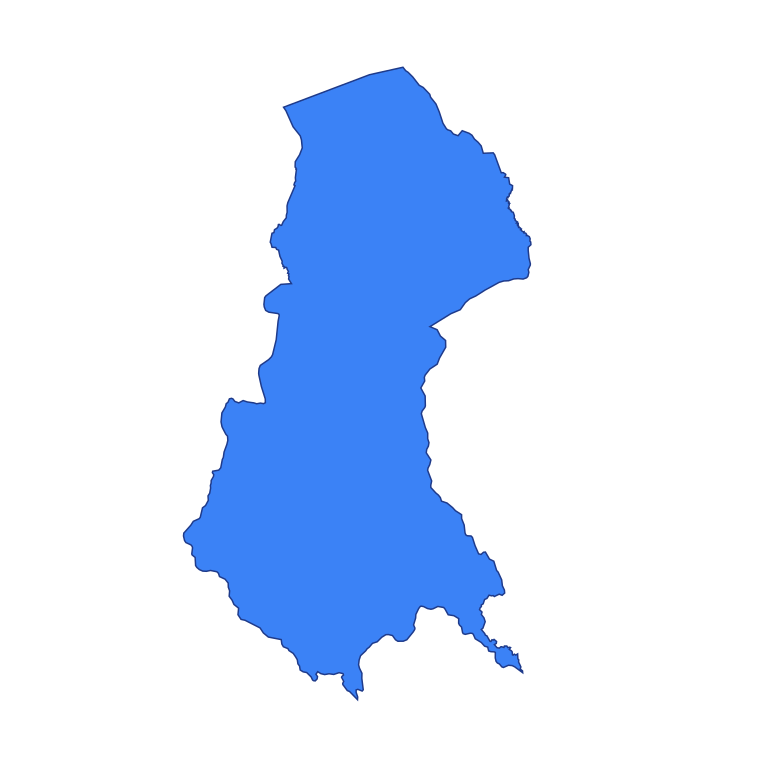 the district of Laplae, Uttaradit, Thailand, rotated 188°
{"feature_id": "78962969B92512161501034", "entity_name": "Laplae", "entity_type": "district", "adm_level": 2, "iso_a3": "THA", "parent_name": "Thailand", "parent_adm1": "Uttaradit", "projection": "mercator", "projection_center": [99.982, 17.658], "detail": "fine", "context": "isolated", "style": "filled", "palette": "blue", "viewbox_px": 768, "rotation_deg": 188, "n_neighbors": 0, "source": "geoboundaries", "source_scale": "gbopen_adm2", "svg_char_len": 6133}
<svg xmlns="http://www.w3.org/2000/svg" viewBox="0 0 768 768"><g transform="rotate(188 384 384)"><path d="M206.5,117.4L206.9,119.2L209.4,120.7L209.1,122.9L212.0,127.4L212.2,129.6L213.2,130.5L214.1,135.3L215.8,133.9L217.3,134.6L218.4,133.5L219.1,133.7L219.8,136.6L220.7,137.5L223.0,138.6L222.0,140.6L222.9,140.8L224.7,140.2L225.9,141.6L228.3,141.3L228.6,139.8L231.0,140.2L231.9,139.9L233.0,138.5L235.4,138.6L238.4,141.3L236.7,142.7L236.7,144.7L239.5,146.4L240.2,145.6L241.5,145.8L242.3,143.9L243.2,143.9L247.1,149.0L248.7,149.4L249.5,150.9L253.5,154.5L252.1,155.9L250.7,162.7L252.5,166.4L255.5,169.3L255.2,171.8L258.0,173.8L257.6,175.9L256.6,177.1L256.9,178.7L255.2,180.1L254.4,184.6L252.2,186.0L250.6,189.5L248.0,189.2L246.4,189.7L245.2,188.9L240.7,191.9L237.6,191.2L235.4,193.8L236.1,196.7L238.7,200.7L240.2,206.4L244.8,213.6L246.5,215.0L250.6,223.8L255.2,225.3L260.2,231.7L262.1,231.2L264.2,228.7L266.7,229.0L271.4,236.7L275.1,244.4L276.6,245.6L280.5,245.3L282.1,246.1L283.1,248.0L285.0,255.5L288.4,261.5L289.0,265.4L295.7,268.5L298.8,271.1L305.0,274.9L310.8,276.0L312.4,279.4L314.7,281.6L317.5,283.3L323.2,288.0L323.6,290.3L323.3,294.6L328.8,304.6L328.7,306.9L327.5,310.5L327.0,315.3L332.6,321.8L332.6,325.3L331.4,328.6L331.3,332.2L333.1,335.8L333.9,341.5L337.0,346.6L342.9,359.8L342.5,362.5L340.3,366.5L340.0,368.1L341.6,377.9L347.0,385.2L344.1,392.6L345.0,396.2L344.5,398.5L340.6,405.3L334.1,411.0L332.6,417.5L328.0,429.0L329.1,435.7L334.8,439.3L338.9,445.1L346.5,447.2L327.6,462.9L318.8,468.2L314.8,475.9L311.0,480.3L305.4,483.9L297.1,491.0L284.1,500.7L279.7,502.7L275.0,503.6L270.1,506.1L265.9,507.0L260.8,507.3L257.6,509.0L256.5,510.6L256.1,514.7L257.1,517.4L255.7,522.1L255.8,523.5L257.9,528.7L259.8,536.4L260.2,539.5L257.9,542.4L258.5,545.1L259.4,545.8L259.5,548.2L260.6,550.1L262.7,551.0L263.7,550.8L263.7,552.1L264.7,553.1L266.6,553.2L266.5,554.3L267.1,554.0L269.1,554.9L269.6,555.4L269.5,556.3L270.3,556.1L270.1,557.0L271.1,557.7L272.3,557.7L272.1,558.3L272.8,558.5L272.9,559.4L273.8,559.5L274.1,560.7L273.3,560.7L273.4,561.8L274.3,561.5L274.5,562.1L275.2,562.0L274.5,563.1L276.8,564.2L277.1,565.6L278.1,566.2L278.3,568.8L279.9,572.0L281.7,572.4L281.9,573.2L282.8,573.4L282.9,574.3L284.9,575.0L284.7,575.6L285.2,575.7L284.7,576.1L285.2,577.1L284.9,579.2L285.3,579.8L284.9,580.2L285.9,580.4L286.0,581.3L285.5,581.6L287.0,582.9L287.8,582.5L287.5,583.3L288.1,583.3L287.8,583.9L288.4,584.3L288.0,585.7L287.3,585.8L287.6,586.5L286.8,586.7L286.2,587.6L286.4,589.7L285.3,590.2L285.6,590.8L284.9,591.9L285.0,592.7L283.9,594.1L284.5,594.7L284.0,595.5L284.3,598.3L287.4,599.5L289.3,605.6L293.5,605.6L292.5,608.1L292.8,608.7L295.4,609.9L297.3,609.5L306.3,626.4L308.0,628.1L317.8,626.3L320.9,633.3L324.5,636.5L328.5,639.1L331.5,642.6L334.5,644.1L341.8,645.7L345.2,640.2L350.1,641.2L353.2,644.0L356.3,644.6L357.7,645.4L361.9,650.4L367.1,661.0L371.5,668.5L377.8,674.5L379.0,677.2L386.4,683.1L390.7,684.7L398.3,692.1L403.5,696.0L406.2,697.3L409.3,700.3L441.3,688.3L522.0,644.1L519.1,640.9L509.8,626.0L501.5,618.1L499.7,614.2L497.8,606.4L499.5,599.2L502.8,591.8L502.3,587.1L502.0,586.1L501.1,585.5L501.1,584.4L500.6,584.4L500.5,576.0L499.7,572.5L500.5,571.2L500.9,568.6L499.7,568.0L504.5,550.2L504.8,546.9L503.8,540.5L504.2,537.6L503.9,535.0L506.3,530.9L507.5,526.9L508.3,526.7L510.1,527.5L510.8,527.2L510.8,525.1L511.7,523.4L513.9,521.6L514.1,518.6L515.9,517.7L516.4,508.6L515.4,507.3L513.9,503.8L510.2,504.1L509.1,502.4L507.0,501.9L504.8,495.9L501.9,491.4L501.9,489.4L500.5,487.6L500.4,486.5L499.3,486.5L499.1,484.8L497.4,486.0L496.2,485.3L496.0,484.3L494.3,482.2L494.9,480.3L493.5,479.8L493.7,477.9L493.0,477.1L493.1,474.7L489.6,470.5L500.0,468.3L513.1,455.0L514.2,453.0L514.0,446.2L513.3,443.6L511.4,440.4L508.1,439.1L498.9,439.0L497.7,438.4L497.3,437.2L497.6,431.5L496.9,412.8L498.4,397.6L499.3,395.2L501.6,392.1L509.1,385.2L509.9,381.9L509.6,377.1L509.0,375.0L505.1,364.5L499.5,352.7L498.9,349.0L500.5,347.8L503.7,347.9L507.3,346.7L510.3,347.2L516.8,347.2L521.2,348.0L525.2,345.1L529.3,346.0L531.5,348.2L533.0,348.6L535.0,347.8L536.0,344.1L537.5,342.6L537.9,339.1L540.5,332.8L540.1,323.8L538.5,319.2L537.4,317.5L533.6,312.2L531.7,310.6L530.8,306.4L531.2,302.3L532.9,294.4L532.9,288.9L533.6,286.8L534.0,278.3L535.7,275.7L541.5,273.8L541.6,272.3L540.0,270.6L540.0,268.7L541.7,264.4L541.4,261.8L541.8,259.3L541.2,256.8L541.4,251.6L542.7,248.7L541.8,244.3L543.8,238.8L546.5,236.1L547.4,226.4L548.3,224.9L553.7,221.5L555.7,217.2L561.5,208.5L561.4,205.6L559.7,201.2L558.1,199.4L552.8,197.8L551.3,196.4L550.8,195.1L550.7,188.9L550.1,187.9L546.9,186.0L545.3,178.0L543.8,176.3L541.0,174.5L537.5,173.5L533.8,173.8L529.9,175.2L523.4,174.8L521.6,173.5L520.1,170.4L514.2,168.6L510.6,165.2L509.9,161.1L508.1,157.7L507.8,152.3L504.3,148.7L501.9,144.8L496.8,141.8L496.5,135.2L492.8,131.0L488.8,130.7L472.8,125.2L468.8,120.7L463.3,117.3L450.2,116.6L449.0,112.3L447.1,109.8L442.3,108.6L441.0,106.8L436.4,104.6L433.4,101.3L431.5,98.9L430.3,94.9L428.4,93.0L427.2,89.1L424.0,87.7L420.4,87.5L415.4,83.8L413.6,81.0L412.6,80.4L410.8,80.4L409.2,82.6L409.1,85.0L411.0,87.1L409.6,89.9L406.3,88.4L402.3,88.0L398.1,89.4L393.3,89.4L388.3,91.9L384.3,91.5L383.6,90.2L385.0,88.5L385.2,87.6L382.5,83.9L383.2,81.8L382.9,80.6L377.7,75.3L375.3,74.7L366.3,67.7L366.5,70.4L368.7,74.8L369.0,77.2L367.4,78.0L362.9,76.9L362.0,78.3L365.0,89.4L365.6,94.5L368.7,99.1L370.1,102.4L370.2,107.3L369.4,111.7L365.0,117.2L363.9,119.4L362.0,121.3L359.3,125.6L354.8,127.8L351.0,132.9L347.3,136.0L344.8,136.5L340.6,136.1L337.0,132.3L334.5,131.2L329.1,132.0L325.8,133.9L320.5,142.7L319.4,145.3L319.4,146.6L321.2,149.5L320.1,156.6L320.4,160.2L318.4,166.5L317.1,168.8L316.3,169.2L313.8,169.1L309.7,167.7L306.2,167.5L304.2,168.2L299.7,171.2L293.8,171.0L292.3,169.7L288.3,164.4L282.5,164.3L277.4,162.1L276.8,157.5L275.8,155.9L273.4,154.1L271.6,148.8L270.8,147.8L268.7,147.4L263.7,149.3L261.8,149.3L260.7,148.5L258.2,144.4L251.7,141.6L247.9,138.4L244.7,137.9L243.2,134.2L241.0,133.8L237.6,134.1L236.4,133.7L235.7,128.2L234.4,124.9L232.9,123.5L230.7,122.8L228.0,120.3L226.3,119.9L221.6,122.8L217.9,123.0L215.2,122.1L206.5,117.4Z" fill="#3b82f6" stroke="#1e3a8a" stroke-width="1.5"/></g></svg>